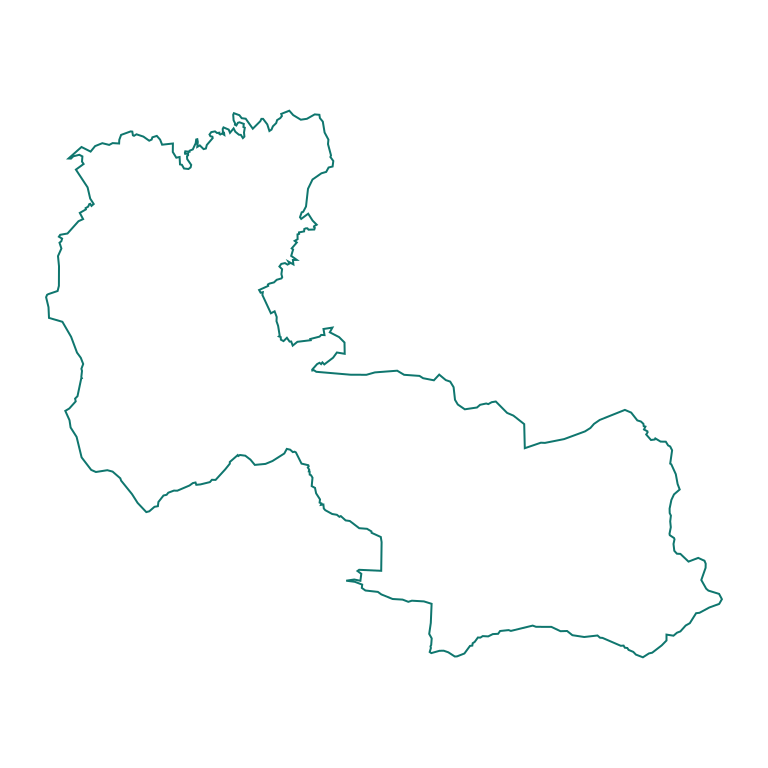 Livezile, Bistrita-Nasaud, Romania (Mercator projection)
{"feature_id": "2599482B94998463214771", "entity_name": "Livezile", "entity_type": "district", "adm_level": 2, "iso_a3": "ROU", "parent_name": "Romania", "parent_adm1": "Bistrita-Nasaud", "projection": "mercator", "projection_center": [24.633, 47.178], "detail": "fine", "context": "isolated", "style": "outline", "palette": "teal", "viewbox_px": 768, "rotation_deg": 0, "n_neighbors": 0, "source": "geoboundaries", "source_scale": "gbopen_adm2", "svg_char_len": 6067}
<svg xmlns="http://www.w3.org/2000/svg" viewBox="0 0 768 768"><path d="M721.9,599.2L719.1,593.9L708.4,590.6L706.2,588.7L701.3,580.0L705.6,567.8L705.7,563.7L704.5,560.8L698.2,557.9L688.5,561.6L680.4,553.9L676.9,553.7L674.3,550.8L673.5,544.0L674.5,539.3L674.0,538.0L669.8,535.2L669.5,533.8L670.8,527.2L670.2,521.4L670.9,515.6L669.7,513.1L669.6,508.6L671.4,499.9L674.0,494.4L679.7,489.5L677.6,484.0L675.8,474.2L671.3,464.3L670.2,463.6L672.1,450.3L670.2,446.5L668.1,445.4L665.8,441.7L660.6,441.6L655.3,438.4L654.7,439.5L651.0,440.0L646.2,434.5L647.6,432.3L647.4,431.3L644.0,429.5L645.4,426.6L643.7,426.1L643.4,423.8L640.9,421.5L637.3,420.4L631.2,412.6L624.9,409.9L599.8,419.9L594.0,423.9L590.4,428.0L585.0,431.4L564.1,439.1L544.9,442.9L540.9,442.7L524.8,448.2L524.2,424.1L513.4,415.6L507.1,412.9L495.8,401.5L491.7,402.2L488.3,404.1L486.2,403.5L480.1,404.8L477.0,407.5L464.8,409.3L457.8,404.5L455.0,399.8L453.6,387.2L450.2,381.6L445.8,380.1L439.2,374.6L433.9,380.3L423.1,378.2L419.5,375.9L404.1,374.8L397.2,370.7L374.9,372.4L366.4,374.8L350.4,374.7L316.3,371.8L313.9,370.2L312.3,370.5L312.2,369.6L317.1,364.1L319.5,362.8L321.1,364.1L322.4,362.4L324.3,364.4L333.1,357.7L336.9,352.5L344.7,353.8L344.5,342.5L339.1,337.1L329.8,332.3L332.4,327.6L323.5,329.0L324.5,335.1L321.2,334.9L319.6,336.6L310.3,339.0L310.7,340.2L297.4,341.8L292.7,345.6L291.2,341.5L289.6,341.6L286.9,337.8L283.5,341.1L280.9,339.7L280.7,337.1L278.9,336.4L279.7,335.7L278.1,325.8L276.5,321.2L276.7,317.0L274.6,311.3L270.9,313.3L262.4,295.0L262.8,292.2L260.6,292.7L259.1,290.0L268.2,285.9L267.9,284.5L269.4,283.6L274.0,282.4L276.7,279.8L281.5,278.4L282.2,277.2L281.4,274.1L282.1,269.2L279.4,266.5L281.3,263.9L285.0,263.1L287.5,264.6L289.5,263.5L288.4,261.6L293.4,264.4L292.9,260.0L296.8,259.9L291.2,255.9L293.1,249.5L291.7,248.4L296.8,242.5L294.7,240.9L297.6,239.2L297.5,234.4L299.1,233.9L299.0,232.4L304.1,231.4L304.3,229.0L305.9,228.3L307.4,228.3L308.5,229.7L314.3,229.5L314.8,227.9L313.9,226.9L314.2,226.1L316.7,224.7L312.6,220.6L308.2,213.7L301.2,218.9L300.0,217.2L301.7,212.3L303.2,211.8L306.0,206.5L308.0,188.8L312.5,179.5L321.4,173.3L326.2,171.9L328.6,167.5L332.6,166.5L333.3,161.0L330.4,157.0L331.0,155.4L328.0,144.1L328.4,139.6L324.6,132.5L322.8,121.6L319.9,118.1L319.4,114.8L314.7,114.4L306.9,118.8L300.8,119.7L293.2,115.1L289.3,110.7L281.2,113.9L281.9,116.0L280.3,118.1L277.1,120.1L276.2,123.1L272.9,126.3L271.5,129.6L269.4,131.0L267.3,124.4L263.1,118.9L261.4,118.9L260.3,121.2L252.8,128.7L245.7,118.7L241.7,118.2L239.4,115.2L233.9,113.2L233.2,114.8L233.6,120.3L235.1,123.4L234.9,124.7L236.3,125.5L237.9,122.8L239.5,122.3L243.8,123.9L243.4,127.0L244.8,127.7L244.0,132.5L244.4,136.6L242.9,138.1L240.9,134.9L238.9,134.7L235.3,131.7L233.6,128.4L230.0,132.8L228.7,129.6L223.5,127.4L222.7,129.0L222.9,131.8L224.0,132.6L224.3,134.9L222.1,133.5L220.2,134.5L219.2,133.7L219.3,132.7L217.0,133.0L215.0,131.4L211.3,132.1L209.5,134.5L210.4,136.2L212.4,136.7L212.7,138.1L206.8,145.0L205.9,148.5L203.6,149.1L199.8,145.4L197.3,146.9L197.8,141.9L197.3,139.2L196.2,139.5L195.8,142.5L196.7,142.5L196.5,143.5L195.2,144.2L192.8,149.4L189.6,150.7L189.5,151.8L185.3,151.3L184.9,152.8L185.1,153.8L188.1,153.7L188.1,155.3L187.0,156.2L187.2,159.1L191.2,164.9L190.6,167.4L188.5,169.0L184.0,168.5L181.9,164.8L180.0,164.4L179.6,157.0L176.3,157.7L172.8,152.0L172.9,143.5L162.1,144.7L160.1,139.6L156.8,135.9L152.4,137.3L151.6,139.6L149.2,140.7L143.4,136.6L136.5,134.3L134.0,135.8L132.9,135.3L132.3,131.6L130.7,131.4L121.1,134.9L119.3,139.8L119.1,143.5L112.6,143.1L109.2,144.9L102.3,143.2L95.1,146.1L90.6,151.6L81.5,147.0L68.5,158.5L71.0,158.6L73.3,156.3L79.3,154.8L82.4,156.4L82.0,161.6L83.6,164.0L75.9,169.6L87.6,187.4L90.2,198.6L93.7,204.0L91.5,205.9L90.2,203.8L89.3,204.1L88.1,206.7L85.6,208.1L85.9,209.4L79.8,212.9L83.1,219.1L78.5,221.2L67.5,233.5L60.2,234.8L58.9,236.7L62.1,238.6L61.3,241.3L59.5,242.7L61.4,248.5L58.0,256.1L59.0,266.2L58.9,285.9L57.6,291.0L48.4,294.1L47.1,294.8L46.1,297.2L48.5,307.2L49.0,317.9L62.4,321.8L71.1,336.8L77.0,352.6L80.8,357.8L83.2,364.0L81.4,368.8L82.0,370.9L81.3,377.1L81.9,378.2L81.2,378.6L77.5,396.2L75.1,398.6L75.7,401.4L69.3,408.5L65.3,410.9L69.5,420.2L70.6,427.5L76.6,436.9L81.6,457.4L91.2,469.9L95.9,472.0L107.3,470.2L112.6,471.6L120.3,478.3L121.1,480.6L132.0,494.1L137.6,502.9L146.3,512.1L149.3,511.3L154.5,506.8L157.9,506.2L158.4,502.0L163.5,495.5L166.6,494.8L168.3,492.7L173.9,490.6L177.3,490.7L189.5,485.5L192.8,483.1L195.5,482.5L196.3,484.8L200.5,484.4L209.9,482.1L211.9,479.8L215.6,479.9L225.2,469.4L229.8,463.7L229.8,462.0L237.7,455.1L238.3,456.0L240.0,455.0L245.3,455.7L250.5,459.7L254.8,464.9L265.5,463.9L272.5,461.0L284.3,453.5L286.8,448.9L290.2,449.7L292.8,452.1L294.6,451.7L295.9,452.4L301.5,463.6L308.3,465.2L308.7,466.3L307.8,467.5L309.2,469.6L308.8,471.4L309.6,471.5L309.7,474.6L311.0,475.2L312.5,477.7L311.7,486.1L315.0,487.9L316.1,493.3L320.0,499.4L319.6,502.6L321.5,503.5L320.9,504.9L323.4,504.5L323.8,508.5L325.3,510.2L332.2,514.0L336.9,514.8L339.4,516.8L340.8,516.1L345.6,520.4L349.8,521.0L359.2,528.2L367.0,528.8L371.4,531.4L371.6,532.8L380.8,537.0L381.6,542.1L381.2,570.8L359.1,569.8L357.5,571.0L361.3,573.8L360.4,580.8L354.2,579.5L346.2,580.7L354.8,581.8L362.2,584.6L361.8,587.9L365.4,590.5L377.9,591.9L381.3,594.4L392.6,599.0L402.6,599.6L408.3,601.8L411.9,600.7L423.9,601.4L431.6,603.8L430.8,622.9L429.2,633.9L431.7,638.4L431.2,645.0L430.5,646.3L430.9,648.0L429.7,652.0L431.3,653.1L439.5,650.8L443.7,650.7L448.3,652.3L454.8,656.5L457.0,656.4L464.4,653.5L470.0,645.9L472.3,645.6L472.7,643.2L474.7,641.9L477.9,637.5L480.4,637.6L482.7,636.1L488.2,636.4L492.8,634.1L498.1,633.8L500.1,631.0L508.6,630.1L510.9,630.9L532.7,625.6L536.0,626.8L551.4,626.9L560.5,631.2L567.1,631.0L572.4,635.2L584.2,637.0L597.5,635.5L600.0,637.7L602.5,637.9L620.8,645.8L623.6,645.6L624.8,647.7L627.3,648.0L628.6,649.9L633.3,651.9L635.9,654.6L642.9,657.3L649.0,653.4L652.2,652.7L661.7,645.4L666.5,640.5L666.5,634.6L673.5,635.7L677.0,632.7L680.4,631.4L685.7,625.5L689.8,623.2L696.1,613.2L699.5,612.8L709.3,607.5L719.2,603.9L721.9,599.2Z" fill="none" stroke="#0f766e" stroke-width="2"/></svg>